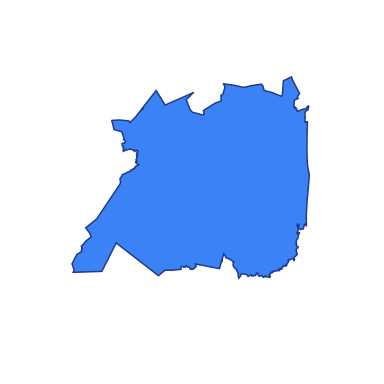 outline of Coyuca de Benítez, Guerrero, Mexico, rotated 249°
{"feature_id": "50627088B90299742739886", "entity_name": "Coyuca de Benítez", "entity_type": "district", "adm_level": 2, "iso_a3": "MEX", "parent_name": "Mexico", "parent_adm1": "Guerrero", "projection": "natural_earth1", "projection_center": [-100.103, 17.179], "detail": "fine", "context": "isolated", "style": "filled", "palette": "blue", "viewbox_px": 384, "rotation_deg": 249, "n_neighbors": 0, "source": "geoboundaries", "source_scale": "gbopen_adm2", "svg_char_len": 5923}
<svg xmlns="http://www.w3.org/2000/svg" viewBox="0 0 384 384"><g transform="rotate(249 192 192)"><path d="M196.6,79.9L189.9,81.9L186.3,81.7L184.2,75.4L181.8,71.3L182.5,71.1L182.0,71.0L181.7,71.2L181.4,70.6L180.9,70.2L180.8,69.5L181.0,69.2L180.9,69.1L180.5,69.3L179.1,69.4L179.1,69.1L178.9,68.8L177.5,68.4L177.1,67.8L176.8,68.1L175.9,67.8L175.1,62.2L167.9,54.2L161.7,54.1L159.6,52.3L150.2,79.4L171.6,103.0L125.9,130.7L128.7,138.8L126.1,145.4L123.7,154.0L125.3,154.7L126.3,155.4L126.0,155.8L125.9,156.5L125.1,157.7L124.7,157.5L124.7,158.3L124.4,158.7L125.3,160.0L123.8,160.6L124.0,161.0L123.8,161.2L123.9,161.5L123.3,161.9L122.4,162.9L121.2,162.6L120.5,162.8L119.7,164.5L119.6,166.0L119.8,166.8L120.1,167.3L120.9,167.6L120.8,169.1L121.1,169.3L123.6,169.4L110.6,190.2L117.5,195.3L116.9,195.6L118.7,196.3L123.0,199.5L117.7,200.5L117.8,201.4L111.2,206.6L112.0,205.3L110.8,205.0L108.7,204.0L107.6,204.1L107.1,204.3L106.9,204.6L106.1,204.4L105.4,205.1L104.8,205.0L104.0,205.6L103.1,205.9L103.0,205.7L100.9,205.8L100.6,206.0L99.5,205.6L98.6,205.7L96.7,204.9L95.6,205.0L94.8,204.8L95.4,206.0L96.4,207.3L97.8,208.4L98.0,209.2L97.6,209.4L97.5,210.1L95.0,213.9L93.1,214.1L93.3,216.1L93.8,217.1L93.4,217.3L93.1,217.7L92.2,217.6L92.0,218.8L91.5,219.4L92.0,220.4L91.3,221.5L91.7,222.0L93.0,223.1L92.7,224.3L92.2,224.3L91.4,224.0L90.2,224.0L89.4,224.5L89.2,224.8L89.3,226.2L89.2,226.5L88.9,226.8L88.8,227.4L88.0,227.6L87.7,227.9L86.9,227.9L86.7,228.2L87.3,229.9L86.8,229.9L86.6,230.2L87.1,230.2L87.0,230.9L86.0,231.5L85.6,232.5L85.2,233.1L84.9,233.1L84.4,234.0L84.6,234.4L85.2,234.9L85.6,234.6L87.4,234.5L87.6,235.2L87.3,235.6L87.5,236.0L88.7,236.7L88.5,237.5L88.0,237.7L88.1,238.2L87.9,238.4L89.0,239.5L88.3,240.4L88.2,243.3L87.7,244.0L87.5,244.8L87.9,244.7L87.7,245.2L87.9,246.2L88.4,245.9L88.9,246.0L88.6,247.0L88.9,247.3L87.9,248.1L90.2,250.8L89.8,251.4L89.7,252.4L89.5,252.6L89.7,252.9L89.6,253.2L89.4,252.8L89.3,253.2L89.7,254.3L90.0,254.5L90.2,254.4L90.1,253.7L90.4,253.6L90.3,254.2L90.6,254.3L91.3,255.5L92.0,256.6L92.1,257.0L93.0,257.1L93.1,257.5L93.6,257.3L93.7,257.6L93.5,257.9L93.7,258.1L93.9,258.1L93.9,257.8L94.1,257.8L94.0,259.0L93.7,259.6L93.8,261.5L93.6,262.4L93.3,262.7L92.9,262.5L91.9,262.7L91.6,262.6L91.5,262.9L92.2,263.6L93.1,263.5L93.6,263.6L93.6,263.3L94.1,263.7L94.6,264.6L94.9,265.7L95.5,266.7L95.6,267.3L96.0,267.7L96.3,267.7L97.1,268.2L98.3,267.8L99.0,268.0L99.4,268.5L101.1,268.6L101.4,268.8L101.5,269.4L101.9,269.5L102.1,269.8L102.1,270.6L101.9,271.0L102.1,271.1L102.8,271.4L103.6,270.7L104.7,270.3L105.2,270.6L105.5,270.6L105.9,271.0L106.2,270.8L107.0,271.1L107.5,271.0L108.1,271.1L108.3,271.7L108.9,271.9L110.0,272.6L110.4,273.3L110.4,273.9L110.8,274.3L112.2,275.0L113.2,275.6L114.2,276.5L115.2,277.7L115.5,277.6L115.7,277.0L115.4,276.6L115.5,275.9L115.4,275.3L115.9,275.2L116.5,275.8L117.2,276.2L118.8,277.9L119.5,278.1L120.1,277.9L120.6,278.2L121.7,278.1L122.5,278.5L122.8,278.2L122.9,278.7L123.8,279.1L124.0,279.0L123.8,279.7L123.4,280.0L122.9,279.9L122.8,280.0L121.4,279.2L120.8,278.3L120.4,278.3L119.6,278.6L118.8,279.6L118.2,279.8L117.9,281.7L117.6,282.3L117.7,282.7L118.4,283.1L119.6,284.1L121.2,285.0L121.6,285.6L121.6,285.9L121.3,286.4L120.5,286.2L119.6,286.7L128.6,290.1L139.1,294.7L144.8,297.4L158.6,304.2L165.9,307.6L167.4,308.0L170.9,308.4L173.6,309.0L176.9,309.8L182.0,311.5L189.4,314.1L203.2,319.5L216.1,324.9L216.5,323.8L216.2,323.7L216.6,322.5L220.2,324.0L221.0,324.3L221.7,324.2L221.8,324.6L224.2,325.3L224.6,325.8L225.0,325.8L226.2,326.6L226.8,327.3L226.8,327.7L227.0,328.0L227.0,329.5L227.6,330.1L230.3,331.7L230.6,331.6L230.7,331.2L230.6,330.7L229.3,328.8L229.2,327.5L229.0,326.8L229.6,325.2L229.4,324.1L229.6,323.4L229.6,320.7L229.4,320.1L229.4,319.4L230.6,319.1L231.9,319.6L232.3,318.8L233.2,319.1L233.2,318.6L234.1,318.9L234.3,317.4L241.0,320.3L241.3,324.7L243.0,324.3L245.4,327.7L260.4,326.0L263.8,326.1L263.1,317.2L250.6,311.3L249.3,309.9L251.4,307.4L256.1,302.5L260.9,295.8L266.0,296.2L267.8,295.5L270.2,284.7L270.3,282.6L271.3,277.3L275.7,271.0L281.7,260.3L277.9,260.2L272.2,255.9L271.8,253.6L266.5,251.9L266.7,245.6L264.0,231.9L260.4,231.2L260.0,229.7L266.3,221.0L269.7,219.7L280.3,219.7L282.5,225.1L282.9,225.1L284.3,229.5L282.8,198.1L299.6,194.9L287.9,175.4L287.5,176.3L287.0,175.8L286.7,175.3L287.1,174.6L286.3,172.7L285.8,172.8L285.7,172.0L284.9,170.5L283.0,167.4L282.7,167.3L279.1,159.0L280.7,158.8L283.0,154.7L285.3,149.9L287.5,143.0L286.8,142.3L285.9,142.6L278.2,141.6L273.3,148.1L265.6,147.6L265.6,147.1L265.0,147.4L264.8,147.3L264.4,147.3L263.7,147.7L262.7,147.9L262.0,147.3L262.2,147.1L262.2,146.3L262.0,146.0L262.3,145.4L262.1,144.2L261.9,144.4L261.5,144.0L260.5,143.6L260.3,143.8L260.0,143.5L259.5,144.0L258.8,144.1L258.3,143.9L258.2,143.6L257.6,143.4L256.6,144.0L255.7,142.7L255.2,142.7L256.0,144.1L254.7,142.7L254.6,147.8L254.2,149.6L252.7,151.8L252.2,152.0L252.1,152.7L250.5,152.8L250.5,153.1L251.0,154.1L250.7,154.3L250.9,155.0L250.8,155.6L250.3,156.0L249.9,155.5L249.1,155.9L248.9,155.7L249.0,155.6L248.8,155.1L248.4,155.1L248.2,154.7L248.1,154.9L247.7,154.2L247.5,154.4L247.2,154.5L246.9,154.0L246.5,153.8L246.2,154.2L245.5,153.2L244.7,153.6L244.6,153.0L244.4,153.0L243.8,152.7L243.1,152.5L242.8,152.2L242.7,151.6L242.2,151.3L242.0,151.5L241.7,151.5L241.4,151.1L240.8,150.9L240.5,151.5L240.2,151.5L240.3,150.5L239.9,150.1L239.8,150.4L239.6,150.5L239.2,150.2L238.6,150.7L237.6,151.0L237.4,151.5L237.1,151.6L236.7,152.1L236.1,151.4L236.5,150.7L236.5,150.3L236.1,149.3L236.2,148.7L236.1,148.4L235.3,148.0L235.5,147.8L234.9,147.2L235.1,147.0L234.9,146.5L234.6,146.4L234.8,146.2L234.6,145.7L234.7,145.0L234.2,144.7L234.3,143.1L234.1,142.9L234.2,142.7L233.6,142.6L233.7,141.6L233.4,140.2L233.7,139.6L233.3,137.8L233.2,135.3L233.3,133.8L233.2,133.2L232.8,133.1L232.3,132.5L230.4,129.8L229.9,129.4L228.7,129.1L227.7,129.2L226.9,128.6L225.8,128.3L224.1,126.2L223.8,125.5L221.2,122.0L201.0,93.3L196.6,79.9Z" fill="#3b82f6" stroke="#1e3a8a" stroke-width="1.5"/></g></svg>